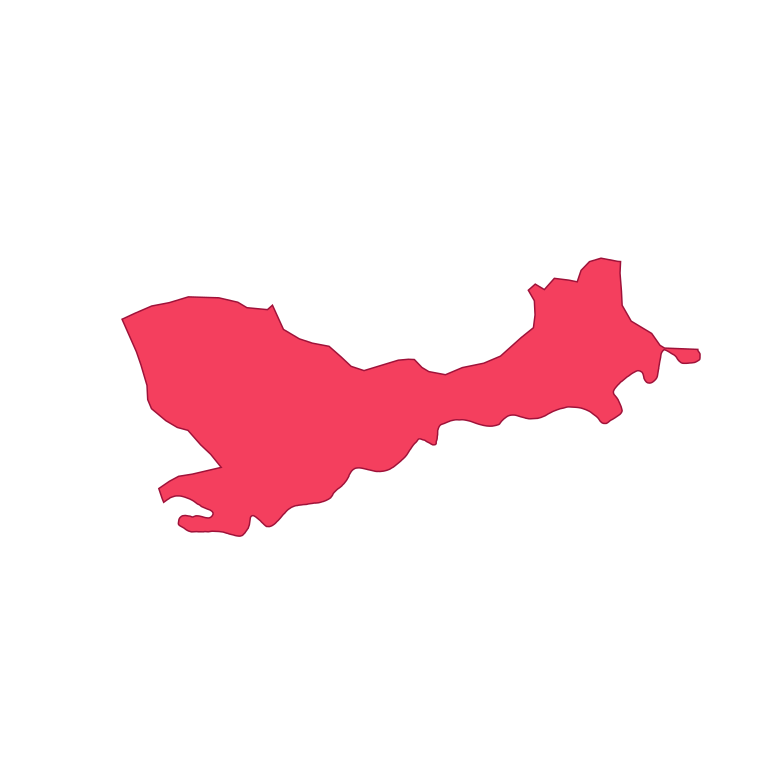 the district of Manpho City, Chagang-do, North Korea, rotated 211°
{"feature_id": "82179303B45279105584010", "entity_name": "Manpho City", "entity_type": "district", "adm_level": 2, "iso_a3": "PRK", "parent_name": "North Korea", "parent_adm1": "Chagang-do", "projection": "albers", "projection_center": [126.267, 41.163], "detail": "fine", "context": "isolated", "style": "filled", "palette": "rose", "viewbox_px": 768, "rotation_deg": 211, "n_neighbors": 0, "source": "geoboundaries", "source_scale": "gbopen_adm2", "svg_char_len": 6171}
<svg xmlns="http://www.w3.org/2000/svg" viewBox="0 0 768 768"><g transform="rotate(211 384 384)"><path d="M633.9,316.4L641.9,304.6L612.8,284.1L602.3,275.3L586.4,260.7L578.5,248.9L570.6,243.1L552.1,240.2L538.8,240.3L528.2,243.3L509.7,237.4L496.4,234.5L480.6,228.7L501.9,208.0L512.5,199.1L517.8,190.2L523.2,178.4L515.1,171.5L511.9,169.1L510.0,173.6L509.2,175.0L508.7,176.4L507.5,177.9L505.6,180.1L504.4,181.1L503.4,181.7L502.1,182.5L500.2,183.4L498.2,184.0L496.3,184.5L491.4,185.4L488.3,185.6L486.8,185.6L483.0,185.2L482.2,185.1L479.7,185.4L478.3,185.1L477.1,185.0L471.3,185.8L468.2,186.4L466.2,186.3L465.4,186.1L464.2,185.5L463.5,184.4L463.4,183.5L463.4,182.7L463.5,181.8L464.0,180.3L465.0,179.1L465.9,178.5L468.2,177.5L469.5,177.1L471.5,176.6L474.6,175.6L476.0,174.9L477.4,174.1L477.9,173.4L478.5,172.8L478.9,172.1L479.4,171.6L480.1,171.2L482.3,170.8L483.3,170.3L486.6,169.0L488.7,167.4L489.4,166.4L489.9,165.0L490.1,164.0L490.1,163.1L489.9,162.0L488.8,159.3L488.3,158.3L487.6,157.7L486.3,157.4L485.0,157.4L481.4,157.5L478.7,157.2L477.3,157.2L475.9,157.3L473.1,158.0L472.1,158.6L468.4,161.1L467.2,161.6L464.9,163.0L462.8,164.2L461.5,165.3L458.5,166.8L455.5,169.3L449.4,172.6L445.5,174.3L442.3,175.0L440.9,175.5L439.5,175.7L435.1,177.1L433.7,177.4L432.0,178.0L430.6,178.6L429.1,179.4L427.6,181.0L427.2,181.9L426.8,183.7L426.5,184.9L426.5,186.1L426.3,187.9L426.3,189.1L426.1,190.4L426.4,191.6L426.9,194.0L429.7,200.6L429.8,201.5L429.6,202.5L429.2,203.2L428.2,203.9L427.4,204.0L425.3,204.0L419.4,203.1L418.0,202.6L415.6,202.1L414.5,201.8L412.3,201.4L411.2,201.4L409.4,202.4L408.6,202.9L407.8,203.8L407.0,204.9L406.3,206.3L405.7,207.7L405.2,209.4L404.9,211.0L404.4,212.6L404.1,214.2L403.8,215.7L403.1,220.5L402.6,221.9L402.4,223.4L401.9,225.8L401.4,227.3L400.6,228.9L400.1,230.1L399.4,231.2L397.7,233.5L396.6,234.6L395.8,235.1L394.8,236.1L392.2,238.1L391.3,238.9L389.1,240.4L388.4,240.9L387.0,242.3L384.9,244.0L384.2,244.5L382.4,246.1L381.2,246.8L378.8,248.6L377.2,250.2L376.4,251.2L375.7,251.8L373.8,254.2L372.1,256.9L371.1,259.1L371.1,260.1L370.9,261.3L370.9,262.6L371.1,263.8L370.9,265.3L370.0,268.9L369.5,270.4L368.7,272.1L367.7,274.8L367.5,276.2L367.1,277.5L366.9,278.7L366.5,281.9L366.5,283.6L366.6,286.9L366.9,287.4L367.0,288.5L367.0,291.6L367.0,292.2L366.7,293.8L366.4,294.7L365.8,295.9L365.4,296.7L364.3,297.8L362.8,298.9L361.8,299.5L360.0,300.3L358.3,300.9L354.6,302.1L353.8,302.3L351.8,303.0L347.1,304.5L346.5,304.7L344.9,305.4L344.1,306.0L342.4,306.9L340.2,308.6L339.3,309.3L337.2,311.4L335.2,313.9L334.1,316.1L333.2,317.6L332.5,319.4L331.6,321.9L330.7,324.4L329.9,326.8L329.6,328.1L329.2,329.2L328.4,332.2L328.2,333.5L328.0,334.9L327.9,337.8L327.9,340.5L327.7,342.2L327.7,343.4L327.5,346.4L327.1,348.8L326.6,350.3L326.3,352.2L326.2,353.9L326.1,354.4L325.6,355.1L324.5,355.7L321.9,356.2L320.1,356.8L319.9,356.8L318.0,356.6L314.2,356.9L313.3,356.8L311.6,356.9L310.8,357.0L309.4,357.9L309.0,358.3L308.7,358.7L308.6,359.1L308.6,359.8L309.5,361.4L309.7,362.1L309.9,363.2L310.2,364.3L311.4,366.7L311.9,368.1L313.8,371.4L314.1,371.9L314.2,372.7L314.5,373.8L314.7,374.9L314.8,376.4L314.6,377.7L314.3,378.4L313.9,379.0L313.5,379.5L311.9,381.4L310.4,383.5L309.2,385.1L308.8,385.5L308.1,386.6L305.6,389.0L305.0,389.5L304.3,390.1L303.1,390.9L301.0,392.0L298.7,393.6L297.1,394.4L295.6,395.0L293.6,395.7L291.4,396.4L289.7,396.8L284.5,397.8L281.6,398.5L277.3,399.8L274.2,401.0L271.5,402.4L269.5,403.7L267.9,405.1L266.7,406.2L265.0,408.1L264.6,408.7L264.4,409.3L264.3,410.5L264.1,412.6L263.3,415.7L262.0,419.0L261.6,419.8L260.9,420.9L259.9,422.0L258.6,423.1L258.0,423.5L256.7,424.3L255.4,424.9L253.8,425.4L250.0,426.3L246.0,427.5L245.2,427.6L241.7,428.9L240.4,429.7L237.5,431.7L234.6,433.7L232.2,436.2L230.4,438.6L229.5,439.8L229.1,440.6L228.7,441.3L228.0,442.7L225.0,447.6L221.9,451.6L221.3,452.2L220.5,453.3L217.6,456.0L215.4,458.4L214.1,459.4L209.0,462.1L206.4,463.4L204.8,464.1L202.7,464.9L201.0,465.3L197.6,466.0L193.7,466.4L191.8,466.3L189.7,466.0L185.5,465.6L184.0,465.3L182.9,465.0L181.7,464.5L179.6,463.5L178.9,463.3L177.0,463.0L176.4,463.1L175.3,463.4L173.4,464.5L172.9,465.0L172.3,466.2L171.8,467.5L171.4,468.8L170.5,470.6L169.9,471.4L169.2,472.9L168.8,473.6L166.5,478.6L166.1,479.5L165.8,481.1L165.8,482.5L165.9,483.1L166.3,484.0L166.7,484.4L168.1,485.8L169.2,486.8L171.4,488.4L174.0,490.2L175.6,491.3L176.5,491.6L177.1,492.0L181.4,493.5L182.5,494.3L183.2,495.2L183.6,496.0L183.8,497.9L183.8,498.7L183.6,500.3L183.1,503.4L182.5,505.6L182.2,507.4L181.5,508.9L179.3,515.3L178.4,517.0L177.2,520.0L176.4,521.6L174.5,524.8L173.7,525.8L173.2,526.2L172.6,526.5L171.6,526.9L171.0,527.0L169.9,527.0L169.0,527.0L168.5,526.8L167.3,526.1L166.3,525.2L165.3,524.2L164.3,523.1L164.0,522.7L162.2,521.6L161.2,521.2L160.0,520.8L158.7,520.8L158.1,521.0L157.0,521.5L156.0,522.2L155.2,523.2L154.7,524.1L154.2,525.3L153.6,527.4L153.4,528.7L153.4,530.0L153.7,531.5L154.2,532.8L156.2,537.8L156.4,538.6L157.1,539.9L157.3,540.6L157.6,541.1L158.0,542.4L158.5,543.5L158.8,544.3L159.1,545.0L160.6,549.3L160.9,549.9L161.5,551.3L161.9,552.4L162.1,553.3L162.2,554.2L162.1,555.9L161.8,557.2L161.5,557.6L161.2,557.8L159.4,558.2L156.7,558.3L156.0,558.3L155.1,558.3L153.6,558.2L150.1,558.3L148.9,558.1L146.9,557.5L146.0,556.9L144.8,556.3L143.0,555.7L140.4,555.3L139.5,555.4L139.0,555.5L137.5,556.2L135.9,557.2L135.4,557.5L134.3,558.3L133.1,559.2L132.5,559.7L132.1,559.9L131.0,560.7L128.9,562.4L128.5,562.9L127.8,563.9L126.9,565.5L126.1,567.2L126.1,567.6L126.1,568.0L126.8,569.5L127.4,570.5L128.2,571.9L128.7,572.6L129.7,573.2L131.5,574.0L132.0,574.3L132.4,574.6L132.8,575.3L162.0,559.3L167.3,559.3L180.6,565.2L204.5,565.2L220.4,574.1L228.3,585.9L238.8,600.6L244.3,610.8L246.8,609.5L262.8,603.6L270.9,594.7L273.6,582.9L271.0,571.1L279.1,568.2L292.4,562.3L295.2,547.5L305.8,547.5L308.6,538.7L298.0,532.8L290.1,521.0L284.9,509.2L290.3,494.5L298.5,467.9L309.2,453.2L325.3,438.4L336.1,423.6L352.0,417.7L360.0,417.7L370.6,420.6L375.9,417.7L384.0,411.8L408.0,385.2L421.3,382.2L434.6,385.1L450.5,388.0L466.5,382.1L479.8,379.1L498.3,379.0L520.2,394.1L522.2,387.7L540.8,378.8L551.4,378.8L570.0,372.8L596.6,357.9L610.0,343.1L623.3,331.2L633.9,316.4Z" fill="#f43f5e" stroke="#9f1239" stroke-width="1.5"/></g></svg>